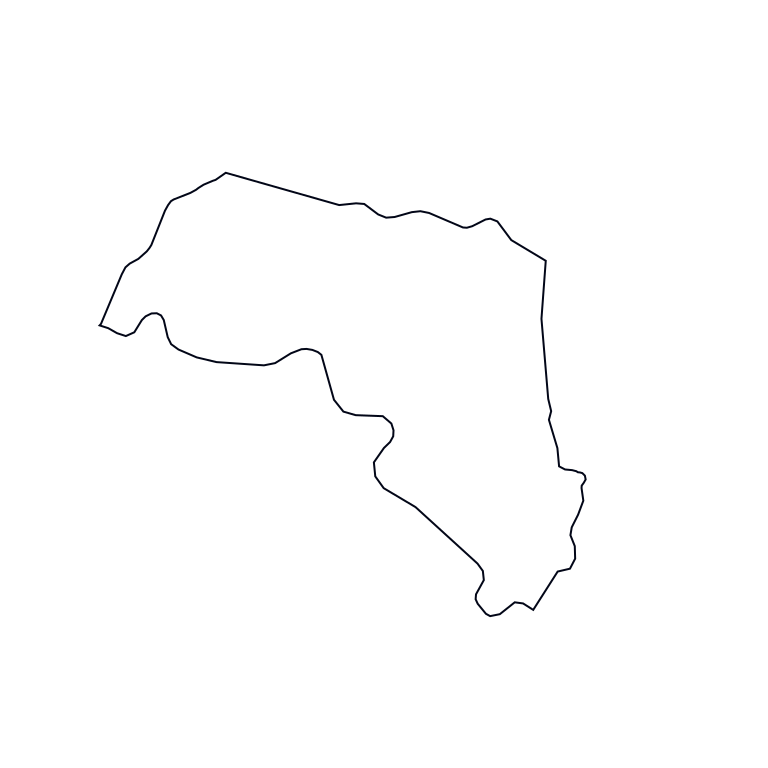 outline of Ancona, rotated 56°
{"feature_id": "ITA-5427", "entity_name": "Ancona", "entity_type": "Province", "adm_level": 1, "iso_a3": "ITA", "parent_name": "Italy", "parent_adm1": "", "projection": "robinson", "projection_center": [13.168, 43.479], "detail": "fine", "context": "isolated", "style": "outline", "palette": "ink", "viewbox_px": 768, "rotation_deg": 56, "n_neighbors": 0, "source": "natural_earth", "source_scale": "10m", "svg_char_len": 1497}
<svg xmlns="http://www.w3.org/2000/svg" viewBox="0 0 768 768"><g transform="rotate(56 384 384)"><path d="M372.3,181.0L418.0,217.0L488.2,256.2L500.0,260.6L505.9,267.3L534.1,276.1L550.2,284.9L556.1,281.7L560.6,276.2L563.9,273.3L565.6,272.6L566.9,271.0L568.8,269.4L572.3,268.7L575.9,270.2L577.6,273.6L578.8,276.9L580.7,278.4L592.2,284.0L600.9,296.2L607.8,308.5L613.6,314.0L625.1,316.5L635.7,323.2L641.1,333.1L636.6,344.9L654.7,386.6L643.7,391.4L638.1,397.7L639.6,416.7L635.8,425.8L631.5,428.0L618.6,429.2L613.7,428.4L609.8,425.3L602.4,410.9L594.3,406.6L585.2,406.9L503.7,426.7L470.2,442.5L455.7,442.9L443.3,436.2L437.0,419.8L435.5,411.4L432.5,405.6L427.7,402.0L420.9,400.0L410.0,403.0L394.0,424.9L384.2,433.1L369.1,434.3L324.8,419.6L320.5,421.0L315.7,424.3L311.6,428.6L309.0,433.0L306.5,444.0L305.8,462.6L301.4,473.1L272.2,510.6L257.2,524.4L240.5,535.1L232.0,538.2L224.2,537.1L207.8,530.8L202.5,530.5L198.3,532.8L195.5,537.3L194.6,543.8L195.6,549.0L201.5,562.1L199.9,571.2L192.6,576.9L183.5,581.4L176.4,587.0L175.9,585.0L146.4,540.0L142.7,533.1L142.0,527.5L142.9,517.7L141.4,506.5L140.1,502.4L138.7,499.2L117.8,468.6L114.9,462.9L113.3,458.4L113.4,455.2L117.3,437.6L117.9,431.2L117.7,428.1L117.9,422.1L119.8,412.3L120.6,409.5L120.4,397.1L210.6,321.1L218.6,306.1L223.7,299.7L240.2,294.0L247.3,289.2L251.5,281.8L257.1,264.8L261.1,257.2L267.4,251.0L298.4,231.0L300.8,227.9L302.5,222.7L304.4,207.8L306.4,203.4L312.6,199.1L335.9,198.0L372.3,181.0Z" fill="none" stroke="#020617" stroke-width="2"/></g></svg>